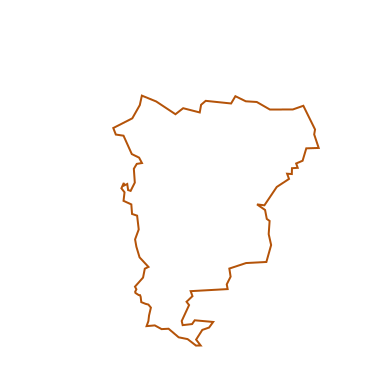 Saraj, Saraj, North Macedonia (Albers equal-area conic projection), rotated 216°
{"feature_id": "65306769B68285102273894", "entity_name": "Saraj", "entity_type": "district", "adm_level": 2, "iso_a3": "MKD", "parent_name": "North Macedonia", "parent_adm1": "Saraj", "projection": "albers", "projection_center": [21.239, 42.003], "detail": "fine", "context": "isolated", "style": "outline", "palette": "amber", "viewbox_px": 384, "rotation_deg": 216, "n_neighbors": 0, "source": "geoboundaries", "source_scale": "gbopen_adm2", "svg_char_len": 1353}
<svg xmlns="http://www.w3.org/2000/svg" viewBox="0 0 384 384"><g transform="rotate(216 192 192)"><path d="M152.6,327.2L158.9,318.1L177.4,304.5L192.5,302.9L201.8,297.0L213.2,295.0L212.4,286.6L234.5,273.8L235.9,267.9L232.5,260.9L248.4,254.6L251.1,245.2L274.2,244.2L289.2,240.5L285.3,231.6L283.6,216.5L293.3,197.5L287.4,193.7L280.5,197.3L263.0,187.3L255.0,188.7L249.5,186.0L253.2,182.3L252.7,176.6L243.8,166.0L242.3,156.8L244.8,156.0L249.1,160.4L250.8,157.3L252.5,159.3L251.3,153.5L246.4,152.1L242.2,144.6L233.8,146.3L227.6,139.0L222.5,140.6L213.1,130.4L210.2,120.2L204.8,115.0L196.0,108.3L183.2,105.8L185.1,102.2L181.3,94.0L182.5,81.9L179.8,80.6L179.3,77.8L178.4,77.1L174.5,77.3L173.4,78.0L171.9,77.0L168.3,73.1L163.9,74.2L161.1,75.3L157.3,74.3L154.2,66.9L151.4,61.9L149.9,56.8L143.7,62.2L136.0,63.2L130.6,67.6L117.4,66.6L109.1,70.4L98.5,70.1L94.8,72.9L101.9,75.0L102.6,86.5L98.5,92.4L98.5,99.3L114.4,89.8L114.3,85.2L121.3,78.8L124.5,81.6L127.9,98.8L131.9,100.0L130.4,108.0L134.8,111.0L106.1,134.4L109.6,137.7L111.0,146.2L116.8,152.0L106.5,166.3L90.7,179.1L96.8,195.6L105.2,203.0L112.2,214.2L115.7,214.2L122.3,220.4L132.1,220.2L125.6,223.8L126.4,245.9L121.2,259.6L125.8,262.7L121.8,265.2L125.1,270.0L120.7,273.7L124.5,276.3L120.9,282.3L125.2,294.5L115.4,302.1L127.0,310.4L129.2,314.9L152.6,327.2Z" fill="none" stroke="#b45309" stroke-width="2"/></g></svg>